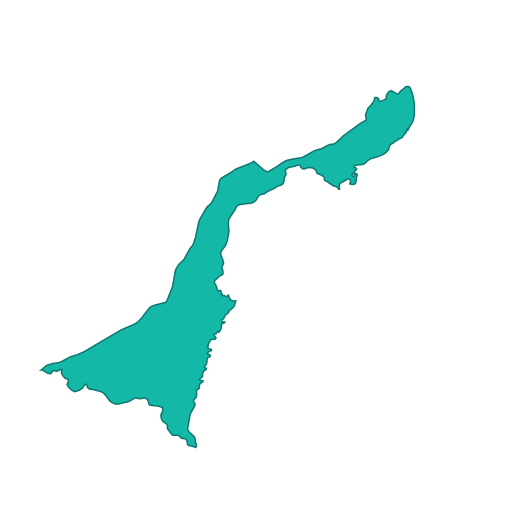 the border of East Berbice-Corentyne, rotated 42°
{"feature_id": "GUY-671", "entity_name": "East Berbice-Corentyne", "entity_type": "Region", "adm_level": 1, "iso_a3": "GUY", "parent_name": "Guyana", "parent_adm1": "", "projection": "robinson", "projection_center": [-57.523, 3.897], "detail": "fine", "context": "isolated", "style": "filled", "palette": "teal", "viewbox_px": 512, "rotation_deg": 42, "n_neighbors": 0, "source": "natural_earth", "source_scale": "10m", "svg_char_len": 6081}
<svg xmlns="http://www.w3.org/2000/svg" viewBox="0 0 512 512"><g transform="rotate(42 256 256)"><path d="M271.1,302.9L273.2,307.6L273.4,308.9L273.2,312.2L273.1,312.8L272.4,313.9L272.6,314.7L273.1,315.5L273.4,316.6L273.3,317.7L272.9,319.6L272.8,320.8L273.0,321.8L273.9,324.0L273.7,325.1L273.1,325.8L273.0,326.4L273.9,327.2L274.7,327.4L275.5,327.1L276.8,325.9L277.0,326.3L277.3,326.5L276.1,329.2L276.8,331.0L278.2,332.4L279.0,334.5L279.6,337.1L279.3,337.5L278.1,337.4L277.9,337.8L278.3,340.4L277.2,342.5L278.3,343.2L281.0,343.5L281.4,344.9L280.5,346.2L279.2,347.4L278.4,348.3L279.5,353.1L279.9,354.1L280.5,354.5L281.2,356.3L282.2,356.7L282.9,356.5L284.6,355.6L285.6,355.4L286.1,356.0L284.7,359.4L285.2,361.1L285.5,360.9L288.3,360.4L289.1,360.9L289.0,361.9L288.1,364.0L288.5,365.2L290.6,367.8L291.4,369.5L291.9,373.1L292.6,373.7L294.3,372.6L294.9,373.8L294.2,376.1L294.3,377.7L294.7,378.5L296.8,381.3L296.9,382.0L296.5,385.1L297.0,386.0L298.2,385.5L299.9,384.1L300.6,385.0L300.5,386.0L300.1,387.0L299.9,388.0L300.1,389.2L300.5,390.1L301.9,391.5L302.3,392.4L302.2,393.4L301.6,394.7L302.3,396.4L305.2,399.3L306.1,401.4L306.1,404.8L306.4,405.6L307.2,406.0L309.1,406.4L309.8,406.9L310.9,408.7L311.7,412.8L312.3,414.9L312.9,417.6L320.9,430.4L323.1,431.4L331.2,431.6L334.3,433.4L334.8,434.2L335.4,434.8L336.1,435.3L337.8,435.9L338.5,436.6L339.0,437.5L339.3,438.6L335.4,440.2L332.9,441.9L331.6,442.0L330.4,441.3L329.2,440.2L327.9,439.3L326.3,439.0L324.9,439.7L323.8,440.6L322.6,441.3L321.0,441.3L319.3,441.0L318.2,441.3L314.6,444.4L313.6,445.0L312.5,444.9L306.6,443.8L305.6,443.4L304.2,442.2L303.7,441.3L303.0,440.8L301.2,440.8L298.5,441.1L297.1,441.1L295.6,440.7L293.5,439.5L291.9,438.0L291.0,436.1L290.4,433.4L287.9,431.1L283.9,432.9L276.9,437.9L275.2,437.6L272.2,435.5L270.2,435.3L268.4,436.0L267.2,437.3L266.1,438.8L264.8,440.1L263.1,441.1L262.0,441.6L261.1,442.5L259.1,448.7L258.2,450.3L252.7,458.2L250.3,460.3L246.4,461.4L243.9,461.5L236.9,460.1L234.0,459.9L231.4,460.7L224.7,464.0L221.9,466.0L220.5,466.5L219.1,466.5L216.6,465.3L215.3,465.1L214.8,465.8L214.9,467.3L215.4,470.1L215.2,471.7L214.6,473.4L213.2,476.5L211.8,478.3L208.4,479.0L204.5,478.9L201.8,478.1L201.3,477.3L200.7,475.2L200.0,474.3L198.7,473.5L197.8,473.7L197.0,474.2L196.0,474.6L194.4,474.5L192.6,474.2L190.8,473.6L189.4,472.8L188.8,472.1L188.0,470.6L187.7,470.4L186.7,471.1L185.7,473.7L185.1,474.9L184.4,475.4L182.5,476.4L181.9,477.0L181.8,477.9L182.3,479.9L182.2,480.8L180.0,482.4L173.0,483.8L172.7,484.2L173.4,478.6L174.1,476.4L177.0,471.7L180.5,467.6L181.5,466.1L185.6,455.1L189.1,449.2L192.1,442.7L205.2,401.2L210.9,388.8L211.9,385.6L212.3,383.9L212.4,381.9L212.5,379.2L211.6,367.1L211.6,365.8L211.9,363.7L213.2,361.0L219.7,351.1L220.0,350.4L219.7,348.6L214.5,334.7L205.8,320.7L204.9,317.8L204.5,315.1L204.3,312.6L204.7,308.3L204.7,306.5L201.8,294.1L201.9,291.9L201.6,289.8L201.2,288.5L198.5,282.4L190.9,269.5L190.2,268.0L189.6,266.0L187.0,253.9L186.8,251.1L187.4,248.4L187.4,246.4L184.1,233.4L179.1,225.5L177.9,222.9L178.2,220.9L181.5,210.7L182.9,204.6L190.0,190.6L190.9,187.1L204.7,186.8L207.2,186.2L208.7,185.3L211.9,174.7L213.2,168.9L214.5,165.0L216.6,161.8L224.6,151.6L228.7,139.5L230.4,136.1L233.1,132.1L235.1,126.2L236.4,123.6L239.0,120.5L239.5,119.1L239.8,117.1L240.5,108.1L244.9,87.3L246.4,83.0L246.6,82.3L246.5,80.7L245.2,79.3L244.1,79.0L242.8,77.4L240.3,71.2L240.5,68.1L240.2,63.6L239.7,61.4L238.3,58.8L239.3,57.7L241.1,57.0L241.7,57.0L242.0,57.2L243.5,58.5L243.9,58.5L244.4,58.4L245.2,57.6L246.9,54.1L247.3,52.1L247.0,51.2L245.8,50.0L245.6,49.6L244.9,46.6L244.8,45.2L245.0,44.1L245.8,42.9L246.2,42.6L247.6,42.2L250.9,41.6L252.1,41.2L252.9,40.6L253.3,40.1L253.5,39.5L253.4,39.0L253.0,37.0L253.3,35.3L253.8,34.2L253.6,33.6L253.9,31.7L253.9,30.1L255.0,28.8L255.8,28.3L256.1,27.9L256.5,27.8L258.1,28.0L259.8,28.7L262.8,30.3L266.4,32.7L269.3,34.9L272.6,37.6L279.4,45.4L281.1,48.2L282.7,51.6L283.4,55.4L283.7,57.7L284.0,58.8L284.4,59.8L284.6,60.6L284.7,61.6L283.5,59.7L282.8,59.0L284.8,63.7L284.8,65.7L285.2,70.6L283.8,73.8L283.5,75.6L282.5,78.3L282.4,80.2L281.6,82.4L281.4,84.6L283.4,88.2L283.2,93.3L282.2,96.2L281.2,98.1L280.3,100.2L276.1,107.0L276.1,107.7L275.3,109.6L275.1,111.1L275.0,113.1L274.7,115.3L273.8,116.8L269.8,121.3L269.1,122.3L268.9,123.4L269.2,124.2L269.9,124.2L271.1,123.7L271.9,123.9L272.5,123.9L272.7,124.1L272.8,130.7L273.0,131.4L273.4,131.9L274.1,132.1L274.8,132.0L275.4,131.6L275.6,131.0L274.8,129.9L274.3,129.0L274.5,128.1L275.2,127.6L276.1,127.6L276.9,127.9L277.3,128.4L277.9,130.2L280.7,134.0L281.3,135.8L280.9,137.1L279.9,138.2L278.6,139.1L277.3,139.7L276.8,137.8L276.1,136.9L275.1,136.5L273.6,136.4L272.7,137.0L272.2,138.3L271.6,141.0L270.4,144.1L270.1,145.2L270.0,146.4L270.4,147.4L273.4,150.5L272.6,151.1L271.9,151.0L271.3,150.7L270.5,150.5L269.4,150.7L267.2,151.8L265.1,152.4L258.6,153.2L257.2,153.7L256.1,153.8L255.6,153.4L254.3,152.1L253.9,151.8L251.8,151.9L249.9,152.3L246.3,153.8L243.0,152.2L239.9,152.4L237.2,153.9L235.0,156.3L233.7,159.0L232.8,159.8L230.7,160.1L229.7,159.9L228.9,159.5L228.1,159.2L227.1,159.5L226.5,160.2L224.8,163.3L222.2,166.7L220.8,168.9L220.3,172.0L220.9,173.3L222.3,174.1L223.6,175.1L224.7,178.9L227.0,182.1L227.6,183.8L227.5,185.6L226.9,187.2L225.4,189.6L224.1,194.3L222.7,197.0L221.2,201.1L220.6,204.2L218.8,206.6L218.0,208.1L217.7,209.8L218.0,211.3L218.4,212.7L218.6,214.2L218.5,216.6L217.9,218.4L217.0,220.0L209.8,228.3L208.7,230.3L208.5,232.2L209.6,236.3L210.7,244.2L211.5,247.5L213.5,250.3L218.9,255.2L220.2,257.0L224.4,263.9L226.2,268.1L226.5,269.9L226.7,274.2L227.2,276.1L228.1,277.9L229.5,278.9L233.5,280.8L236.7,283.0L237.0,283.7L237.4,285.3L238.1,286.7L238.2,287.4L238.6,287.8L239.0,288.0L239.9,288.2L240.1,288.5L242.1,289.8L243.5,291.5L243.3,293.1L242.1,295.9L242.3,297.7L241.8,300.7L241.9,301.7L242.3,302.8L242.6,303.3L243.0,303.7L243.7,304.0L246.0,304.6L250.0,307.1L250.9,307.4L251.6,307.2L252.4,305.4L253.5,305.6L255.0,306.7L256.3,306.9L256.8,307.2L257.3,308.1L257.9,307.7L258.7,306.7L261.0,306.1L261.6,305.2L261.5,303.6L264.1,304.8L266.3,305.6L268.5,305.2L271.1,302.9Z" fill="#14b8a6" stroke="#0f766e" stroke-width="1.5"/></g></svg>